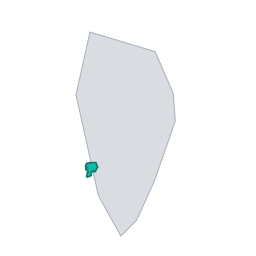 Louvet, Dennery, Saint Lucia (highlighted), rotated 165°
{"feature_id": "8701671B45979799747328", "entity_name": "Louvet", "entity_type": "district", "adm_level": 2, "iso_a3": "LCA", "parent_name": "Saint Lucia", "parent_adm1": "Dennery", "projection": "albers", "projection_center": [-60.883, 13.961], "detail": "fine", "context": "in_parent", "style": "filled", "palette": "teal", "viewbox_px": 256, "rotation_deg": 165, "n_neighbors": 0, "source": "geoboundaries", "source_scale": "gbopen_adm2", "svg_char_len": 2717}
<svg xmlns="http://www.w3.org/2000/svg" viewBox="0 0 256 256"><g transform="rotate(165 128 128)"><path d="M169.6,173.6L139.9,230.5L82.0,194.7L75.4,149.7L80.5,122.5L115.9,70.4L143.5,36.7L162.8,25.5L174.1,70.3L169.6,173.6Z" fill="#d9dde1" stroke="#a8b0b8" stroke-width="1"/><path d="M167.4,98.0L167.8,102.6L168.1,102.7L168.3,102.7L168.4,102.8L168.5,103.0L168.8,103.2L168.9,103.3L169.1,103.4L169.4,103.5L169.6,103.5L169.9,103.4L170.2,103.4L170.4,103.4L170.6,103.4L170.8,103.5L171.0,103.6L171.3,103.8L171.5,103.8L171.8,103.9L172.0,103.9L172.2,104.0L172.3,104.0L172.5,103.9L172.7,104.1L172.9,104.1L173.0,104.1L173.3,103.9L173.5,103.8L173.7,104.1L173.8,104.3L174.0,104.4L174.2,104.2L174.3,104.0L174.3,103.9L174.3,104.0L174.6,104.1L174.7,104.3L174.8,104.5L175.0,104.5L175.1,104.4L175.6,104.4L175.8,104.4L176.2,104.6L176.3,104.6L176.5,104.6L176.4,104.4L176.5,104.2L176.8,104.2L177.0,104.2L177.3,104.2L177.4,103.8L177.5,103.6L177.7,103.4L177.8,103.3L178.1,103.5L178.2,103.4L178.2,103.2L178.2,102.9L178.2,102.7L178.3,102.5L178.4,102.4L178.5,102.3L178.8,102.2L179.0,102.1L179.1,101.9L179.0,101.7L179.0,101.4L178.9,101.3L178.8,101.2L178.7,101.1L178.4,101.1L178.2,101.1L178.0,100.9L178.3,100.8L178.3,100.7L178.2,100.5L178.2,100.4L178.2,100.2L178.3,100.1L178.5,100.0L178.6,99.9L178.6,100.0L178.8,100.2L179.0,100.2L179.0,99.9L179.1,99.7L179.3,99.6L179.5,99.4L179.5,99.2L179.3,99.1L179.2,99.2L179.2,98.9L179.3,98.8L179.4,98.6L179.4,98.4L179.3,98.2L179.1,98.3L178.9,98.3L178.8,98.2L178.7,98.0L178.6,97.9L178.4,97.8L178.4,97.7L178.5,97.6L178.4,97.5L178.4,97.4L178.2,97.4L178.0,97.0L177.8,96.5L177.8,96.4L177.7,96.1L177.7,95.9L177.8,95.7L178.0,95.6L178.3,95.6L178.4,95.4L178.5,95.4L178.6,95.5L178.7,95.4L178.8,95.3L178.9,95.2L179.0,95.2L179.3,95.0L179.3,94.9L179.3,95.0L179.3,94.9L179.4,94.6L179.3,94.4L179.2,94.4L179.2,94.1L179.2,93.9L179.1,93.7L179.3,93.5L179.3,93.4L179.6,93.1L179.7,92.9L179.8,92.7L180.0,92.5L180.1,92.4L180.3,92.4L180.4,92.2L180.5,92.2L180.4,91.9L180.4,91.7L180.5,91.5L180.5,91.4L180.4,91.4L180.2,91.3L180.1,91.2L180.0,91.3L179.9,91.3L179.8,91.2L179.7,91.2L179.4,91.2L179.2,91.2L178.9,91.2L178.4,91.2L178.2,91.2L177.9,91.2L177.3,91.2L177.2,91.3L176.8,91.3L176.2,91.6L175.7,91.9L175.6,93.4L175.4,93.6L175.1,94.2L175.0,94.4L174.9,94.3L174.8,94.2L174.6,94.3L174.4,94.4L173.9,94.6L173.7,94.7L173.6,94.8L173.5,95.0L173.4,95.3L173.3,95.1L173.1,94.9L172.8,94.9L172.3,94.9L172.1,94.9L172.1,95.0L171.9,95.1L171.9,94.9L172.0,94.7L171.7,94.5L171.1,94.5L170.8,94.6L170.7,94.5L170.5,94.8L170.3,94.9L170.0,95.3L169.8,95.4L169.7,95.7L169.7,95.8L169.6,96.1L169.3,96.5L169.1,96.6L169.0,96.8L168.8,97.0L168.6,97.1L168.4,97.1L168.0,97.4L167.9,97.6L167.5,98.0L167.4,98.0Z" fill="#14b8a6" stroke="#0f766e" stroke-width="1.5"/></g></svg>